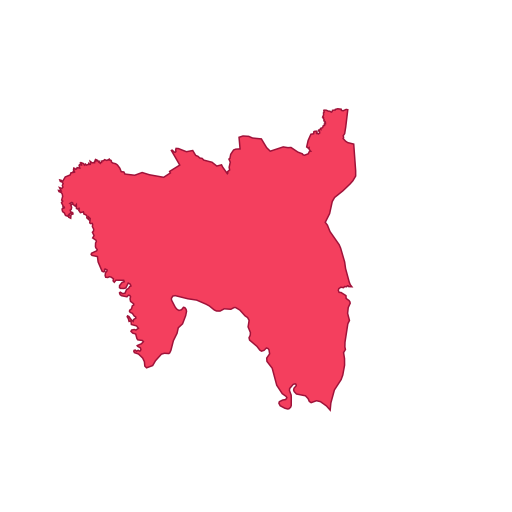 outline of Mueang Yasothon, Yasothon, Thailand, rotated 329°
{"feature_id": "78962969B68944208488638", "entity_name": "Mueang Yasothon", "entity_type": "district", "adm_level": 2, "iso_a3": "THA", "parent_name": "Thailand", "parent_adm1": "Yasothon", "projection": "equal_earth", "projection_center": [104.128, 15.832], "detail": "fine", "context": "isolated", "style": "filled", "palette": "rose", "viewbox_px": 512, "rotation_deg": 329, "n_neighbors": 0, "source": "geoboundaries", "source_scale": "gbopen_adm2", "svg_char_len": 6105}
<svg xmlns="http://www.w3.org/2000/svg" viewBox="0 0 512 512"><g transform="rotate(329 256 256)"><path d="M322.3,331.7L322.0,329.2L322.5,326.3L326.3,312.9L328.9,306.8L332.6,292.8L333.1,289.1L332.0,273.2L333.1,266.3L332.7,262.8L340.9,257.6L349.4,248.6L353.5,246.3L363.9,244.9L373.7,242.7L377.8,241.4L382.6,238.8L385.3,234.3L397.4,210.4L393.0,206.0L391.9,203.7L391.2,200.2L392.1,199.6L392.7,197.8L395.0,196.8L399.3,191.7L410.0,177.9L408.8,176.8L405.5,176.4L404.2,175.2L404.6,174.0L401.9,171.9L399.5,171.2L399.0,171.7L396.6,170.5L395.7,171.4L394.6,171.5L393.9,169.9L392.8,169.3L391.3,167.2L389.4,166.0L388.9,166.4L388.7,167.7L387.6,168.0L386.6,169.9L384.7,171.2L385.2,171.9L384.6,172.2L384.6,174.2L383.8,175.1L384.5,176.4L384.1,177.6L383.6,177.4L383.5,178.4L382.5,178.1L382.0,179.4L380.7,179.0L379.2,180.3L377.3,179.9L376.8,181.0L376.3,180.3L375.3,180.8L374.5,180.3L374.0,180.7L374.5,182.3L373.9,183.4L372.3,183.5L372.0,182.7L371.2,182.5L371.1,181.8L372.2,181.1L372.1,180.1L370.4,179.3L369.7,179.2L368.3,180.9L365.8,179.9L360.2,183.8L355.6,188.6L356.3,190.4L357.3,190.4L356.5,191.9L356.9,194.4L355.6,193.9L353.4,195.3L349.4,194.6L348.4,193.4L348.4,192.3L345.4,188.5L341.9,181.0L339.2,179.6L335.5,176.5L322.2,173.5L320.9,168.5L320.9,158.4L313.8,153.1L311.4,149.7L306.6,146.4L302.6,145.5L297.5,156.0L293.7,154.0L291.4,153.6L286.7,155.8L283.8,159.0L282.7,159.0L282.3,162.3L278.7,166.1L277.7,168.7L275.1,169.0L274.6,170.4L273.8,170.7L273.2,162.5L273.4,160.1L268.7,158.7L266.6,153.0L260.6,146.9L260.1,144.6L258.3,143.1L257.6,140.7L256.1,138.7L256.1,133.0L250.1,130.8L244.8,123.9L242.9,122.6L241.7,123.8L241.2,125.2L240.4,125.5L239.6,125.1L238.6,122.0L237.8,122.0L237.5,138.8L225.5,139.0L225.4,140.7L217.4,141.0L206.5,131.5L201.4,125.8L193.6,124.3L185.9,118.3L186.0,115.9L183.9,114.3L184.5,110.6L184.1,106.6L183.2,104.6L181.0,102.4L180.5,100.9L181.0,99.9L180.8,98.9L179.6,98.2L180.0,97.4L177.4,97.3L175.8,95.4L174.5,95.8L172.4,95.1L171.8,96.3L170.7,95.8L170.3,96.3L169.6,94.7L170.4,94.1L169.4,93.5L169.5,92.5L168.2,90.6L167.4,91.1L167.7,92.1L166.2,91.9L165.7,92.9L163.5,91.7L162.6,89.4L162.1,90.6L162.5,91.1L161.3,91.4L161.1,92.1L160.1,91.6L160.1,90.7L159.6,91.2L157.3,90.7L157.2,89.4L155.7,89.7L155.8,88.0L154.0,85.7L153.3,85.8L153.7,87.4L153.3,88.2L151.8,86.9L151.1,87.1L150.2,89.9L148.2,88.1L147.1,88.9L145.8,88.6L145.8,87.6L145.1,86.8L144.0,88.1L144.0,88.9L143.1,89.3L143.8,90.2L143.6,90.7L140.2,89.4L138.5,90.8L133.2,90.0L128.6,92.5L128.1,90.9L127.0,89.8L126.7,91.3L127.9,92.7L128.0,94.6L126.3,95.8L126.0,97.5L124.3,98.1L122.8,96.2L122.5,99.8L120.5,98.1L120.3,99.3L121.7,101.3L121.9,102.9L121.0,105.3L118.2,108.0L118.6,109.4L116.7,110.1L116.5,113.3L115.8,114.5L116.8,115.1L116.6,116.0L114.2,115.7L113.6,116.5L113.1,118.4L113.9,120.4L113.6,123.1L115.0,124.8L116.1,124.4L115.4,126.3L116.6,128.2L118.0,126.3L117.3,124.9L117.6,123.9L119.5,123.6L119.2,125.4L120.8,125.7L121.2,124.3L120.0,123.0L120.3,121.0L121.7,120.8L123.0,119.4L123.4,117.3L124.6,117.0L123.6,115.1L125.5,115.1L126.2,115.8L125.8,117.6L126.7,120.1L128.5,119.4L126.6,122.7L127.1,123.8L128.9,123.9L128.8,124.7L127.6,125.5L127.8,128.4L130.8,129.3L130.1,131.5L131.4,133.0L131.6,135.0L130.6,136.1L131.3,138.4L132.6,136.4L133.2,138.5L130.6,141.9L130.8,142.9L132.4,143.7L132.2,144.9L130.9,146.5L130.7,149.4L129.6,150.9L128.0,151.4L127.7,155.1L125.3,156.4L127.0,160.2L126.6,161.4L125.2,162.2L123.3,165.1L122.9,166.3L123.2,168.8L122.0,169.5L116.5,168.9L115.5,169.7L115.7,171.0L119.8,174.8L117.6,179.8L116.2,189.8L117.1,191.0L118.4,191.3L119.3,189.5L120.0,189.4L121.2,191.2L120.7,192.0L118.2,193.0L116.6,195.1L116.2,196.8L117.9,198.1L119.6,198.2L120.9,199.4L122.1,202.1L120.7,203.7L121.0,205.5L123.5,204.6L130.1,208.7L129.8,210.2L127.6,209.7L123.8,211.1L122.7,212.8L123.1,213.9L126.0,215.8L128.0,216.3L132.5,213.4L133.6,215.0L133.6,216.6L133.2,217.4L132.1,217.1L130.2,218.1L127.6,218.2L124.5,220.4L122.4,219.6L121.0,217.1L120.0,217.3L119.6,219.1L120.3,220.8L124.4,224.5L126.4,223.9L127.5,224.8L127.5,226.3L126.0,227.8L125.1,230.3L126.5,233.9L126.0,235.0L124.3,235.0L122.1,237.2L119.9,237.4L119.1,238.1L119.1,239.4L120.5,241.5L120.7,244.8L121.5,246.2L121.0,247.4L118.5,247.4L117.0,248.8L116.2,246.2L115.9,242.4L115.1,241.2L114.3,241.7L114.3,244.0L113.5,246.7L114.9,247.1L115.1,247.8L113.9,250.5L117.6,254.4L118.0,257.4L114.9,257.6L113.8,256.3L111.3,255.4L110.0,256.2L110.6,258.6L112.7,260.9L111.4,265.4L111.5,267.0L115.1,269.9L115.4,271.4L112.6,272.2L108.0,271.6L108.0,272.5L109.6,275.1L109.2,276.9L108.1,277.7L107.3,277.6L106.4,276.1L104.6,276.1L104.0,274.4L102.9,274.1L102.2,274.7L102.0,276.2L104.8,279.5L106.3,285.1L105.9,289.1L104.0,293.1L104.6,295.5L111.0,296.7L115.9,294.0L124.3,291.4L127.4,292.2L131.0,294.7L132.1,294.6L134.4,293.1L141.6,286.0L148.5,281.6L152.4,277.5L158.1,276.3L165.0,270.9L168.0,267.6L168.6,265.7L168.4,263.6L167.4,262.6L164.5,263.7L161.9,263.0L160.7,260.7L160.4,258.2L160.9,250.2L161.8,248.6L164.2,247.5L166.4,248.4L175.5,257.5L182.4,263.2L188.4,271.6L190.3,274.8L192.4,280.7L193.8,282.8L196.9,284.7L201.6,284.9L207.0,288.7L210.7,288.9L212.0,289.7L214.3,294.0L215.8,301.7L217.1,304.4L216.9,307.7L212.7,312.7L211.8,318.7L210.3,320.9L207.9,322.5L207.2,324.8L210.3,334.0L210.8,338.6L211.7,340.4L214.3,341.0L217.5,340.2L218.7,341.5L218.8,343.2L217.3,346.9L212.6,349.0L211.1,352.0L212.1,360.5L207.2,377.5L207.6,387.5L209.5,391.9L209.5,393.4L207.5,394.3L204.7,393.2L201.0,392.9L199.8,394.0L199.6,396.8L202.3,401.3L204.3,403.4L205.5,403.9L207.7,403.5L209.2,402.3L213.4,395.4L214.5,393.3L215.4,388.5L216.6,386.9L221.7,385.2L223.7,385.7L224.2,386.5L223.7,387.9L220.5,388.9L219.2,390.3L218.9,391.9L219.6,395.1L226.4,401.3L227.2,405.1L226.8,408.1L227.7,410.1L233.3,411.2L236.2,414.0L239.2,420.9L240.2,426.3L244.5,420.5L254.2,411.2L265.3,405.8L269.1,402.7L275.7,395.2L279.0,389.6L281.3,383.9L284.5,382.2L285.3,379.8L287.9,375.7L299.8,361.4L302.9,359.4L305.0,352.3L308.5,347.7L312.4,345.0L312.9,343.5L312.8,342.1L311.4,338.8L312.7,336.3L310.1,331.1L308.5,330.0L308.8,327.9L310.2,326.6L312.7,326.5L314.7,328.2L316.2,327.8L317.8,329.0L319.1,328.6L319.7,329.1L319.7,330.0L322.3,331.7Z" fill="#f43f5e" stroke="#9f1239" stroke-width="1.5"/></g></svg>